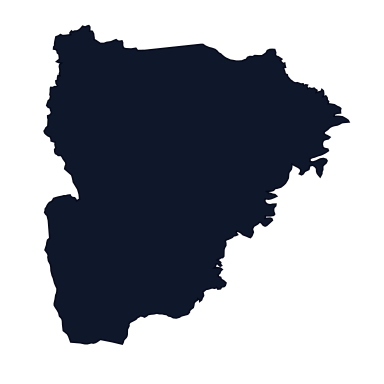 Planalto da Serra, Mato Grosso, Brazil (Robinson projection), rotated 94°
{"feature_id": "56859067B32925351179449", "entity_name": "Planalto da Serra", "entity_type": "district", "adm_level": 2, "iso_a3": "BRA", "parent_name": "Brazil", "parent_adm1": "Mato Grosso", "projection": "robinson", "projection_center": [-54.674, -14.541], "detail": "fine", "context": "isolated", "style": "filled", "palette": "ink", "viewbox_px": 384, "rotation_deg": 94, "n_neighbors": 0, "source": "geoboundaries", "source_scale": "gbopen_adm2", "svg_char_len": 5910}
<svg xmlns="http://www.w3.org/2000/svg" viewBox="0 0 384 384"><g transform="rotate(94 192 192)"><path d="M250.0,332.7L252.6,333.2L255.0,333.3L260.1,334.6L263.3,331.9L265.1,331.0L267.1,331.2L268.7,330.8L270.6,330.4L274.1,328.2L277.0,327.5L280.4,327.1L285.1,325.6L287.3,324.4L292.4,322.7L294.8,321.5L297.6,319.9L300.6,319.8L302.8,320.1L304.3,320.7L308.6,321.0L312.6,321.6L314.5,321.5L316.8,320.0L318.8,318.4L321.7,316.5L325.1,315.5L326.8,313.6L328.1,312.7L329.8,312.2L333.3,311.8L339.3,310.7L342.3,306.4L344.6,304.9L350.1,302.5L350.2,292.8L350.8,288.5L350.7,285.9L350.1,283.9L349.4,282.0L349.6,279.8L348.9,277.8L347.7,276.0L345.4,273.2L346.9,261.2L348.6,250.9L347.1,250.3L344.3,249.7L341.8,247.6L340.3,246.9L338.8,246.7L333.6,246.9L330.0,245.5L328.2,245.8L326.4,244.8L323.5,240.0L322.5,238.7L321.0,237.7L320.3,236.2L319.2,235.0L319.3,232.6L320.1,230.6L318.8,228.6L317.4,227.3L316.7,224.7L316.2,221.5L315.3,218.6L315.7,216.1L315.5,213.2L315.9,211.0L316.0,208.7L317.3,206.8L317.5,204.6L318.7,202.0L318.8,198.9L317.7,195.8L316.3,193.9L314.2,187.7L312.2,186.2L310.6,186.2L308.7,184.5L307.2,182.7L304.9,182.3L302.4,182.1L301.0,181.0L299.3,179.0L297.9,178.8L299.1,176.9L300.6,176.7L299.0,174.9L297.0,174.4L294.7,173.2L293.3,173.5L291.1,174.2L288.2,171.2L287.7,169.1L286.2,165.3L286.5,162.6L285.4,160.8L287.1,159.5L286.6,156.8L284.7,155.9L284.1,153.4L283.0,152.3L280.3,151.7L278.4,154.1L277.1,156.7L275.1,157.5L274.6,159.8L272.5,160.1L271.3,158.7L268.6,157.8L267.2,156.4L265.9,158.4L265.7,161.6L266.3,164.8L264.4,163.3L262.5,163.2L261.7,161.5L263.0,160.2L264.1,158.7L263.3,157.3L261.8,158.7L260.3,158.4L259.2,159.9L258.1,162.2L256.7,159.9L255.6,158.6L255.3,156.8L253.9,155.8L247.3,156.1L245.2,155.6L243.0,154.5L240.7,154.7L238.5,155.4L237.2,154.3L236.6,152.6L235.4,150.3L234.4,148.6L232.9,147.5L232.4,145.4L231.4,143.5L229.3,145.2L227.9,144.6L228.4,142.3L229.3,140.4L231.1,138.1L232.2,134.3L233.0,132.2L233.4,130.5L231.6,129.2L227.8,128.0L224.7,129.2L221.8,127.9L219.3,124.2L217.6,122.8L217.6,121.0L220.2,118.6L220.9,116.7L220.2,115.2L214.6,109.8L213.1,110.5L212.6,112.2L213.3,117.3L210.7,117.1L210.3,112.0L209.6,108.9L208.3,108.0L205.9,109.1L204.0,109.4L201.9,109.2L200.0,107.5L198.2,107.4L198.6,110.8L199.2,112.6L199.2,114.6L198.7,116.3L197.6,117.7L195.9,118.9L193.6,118.3L193.8,115.0L193.2,112.8L191.8,109.8L190.3,107.1L188.8,109.1L188.6,111.4L188.1,113.0L187.5,115.8L186.3,117.4L185.4,112.6L184.7,110.8L182.6,109.2L182.3,107.4L180.9,103.7L178.8,101.3L176.7,99.4L173.4,97.7L171.3,96.9L167.4,96.9L165.8,96.7L162.5,94.6L160.8,94.3L157.2,94.3L160.1,87.6L161.0,86.2L162.2,85.0L164.6,85.1L166.4,86.2L167.2,83.9L166.2,82.4L163.6,80.9L161.4,77.0L157.8,76.4L156.8,73.6L157.9,71.3L159.9,69.4L162.7,69.1L164.4,68.5L165.7,67.5L168.1,65.2L164.7,63.7L162.7,63.8L160.7,63.1L157.2,63.4L155.7,62.3L153.8,60.3L151.5,59.4L150.0,60.5L149.4,63.3L150.1,66.4L152.3,70.1L153.6,73.3L153.5,76.2L150.8,76.7L149.5,75.0L148.6,72.2L146.9,68.6L146.1,66.2L145.2,64.4L143.4,61.5L141.3,58.8L139.7,59.5L139.3,62.7L138.4,64.4L135.3,65.4L132.8,65.1L131.2,64.2L130.3,62.5L129.5,59.7L127.7,58.1L126.3,61.0L125.6,63.1L124.3,64.5L122.7,64.1L120.2,61.0L118.0,59.1L116.7,57.1L115.8,54.8L115.0,51.6L113.9,49.5L112.9,48.1L112.2,46.6L111.2,40.2L109.6,41.2L108.3,43.3L106.5,47.1L106.3,50.7L106.6,55.6L104.5,55.3L103.4,53.0L102.8,49.3L100.4,49.7L98.3,49.4L97.3,50.8L96.5,53.2L95.0,56.0L94.4,62.5L92.1,62.0L91.1,63.4L88.5,63.8L86.8,65.2L87.7,68.0L85.1,67.4L81.9,68.0L80.6,69.6L82.5,70.2L84.2,75.0L81.8,74.4L80.8,76.3L79.8,77.4L80.6,79.6L80.0,82.2L81.0,83.7L78.8,84.8L77.3,84.2L77.1,86.0L78.0,88.0L76.3,88.7L76.7,90.8L75.6,94.4L76.0,96.3L75.5,98.3L74.2,100.1L73.3,101.7L70.0,104.8L68.4,105.1L67.7,107.2L64.9,108.1L63.4,108.8L61.5,109.5L61.1,107.4L58.6,108.2L56.9,108.5L57.5,110.2L54.9,113.1L53.2,111.6L51.0,115.6L50.8,117.3L49.1,118.4L47.1,118.2L44.1,119.4L44.1,121.9L44.4,124.4L45.6,126.7L47.9,127.6L49.2,129.1L51.2,131.7L51.5,134.9L51.5,139.0L52.8,140.9L52.8,143.8L53.8,146.0L55.9,147.0L56.4,148.6L57.8,151.4L58.2,154.5L58.4,157.0L58.0,160.1L57.8,162.9L56.1,167.6L55.2,169.2L53.6,171.5L52.3,173.0L51.4,175.2L49.6,176.9L48.2,179.0L47.4,181.9L46.8,185.2L45.6,188.7L44.0,191.4L44.1,193.1L54.0,248.7L54.7,256.2L52.5,258.0L53.6,262.6L53.7,268.2L53.0,270.5L50.4,271.5L47.9,271.6L46.1,272.4L46.7,274.7L46.5,276.7L45.3,278.3L46.3,280.4L47.8,283.2L48.7,287.5L49.9,290.1L50.2,293.8L47.4,298.7L46.7,300.3L45.1,300.4L43.0,300.9L41.1,301.2L38.7,302.6L38.5,305.3L34.5,305.4L33.2,306.5L33.7,308.1L34.9,310.1L34.2,312.7L36.1,314.0L37.9,315.6L39.3,317.7L39.7,320.7L40.8,322.0L39.7,323.5L41.9,324.9L43.5,323.9L44.6,329.0L45.0,332.1L44.1,334.2L45.5,335.9L46.7,338.6L51.0,339.2L53.5,339.4L55.6,339.2L57.0,340.1L59.1,340.1L59.2,338.2L60.2,336.7L62.6,336.0L63.9,334.3L67.5,333.6L69.0,333.6L70.3,335.2L71.4,336.3L72.1,334.1L72.5,331.2L74.3,332.9L76.2,333.1L78.4,332.5L81.0,332.1L83.6,332.6L85.2,331.7L85.2,333.8L87.3,334.1L89.8,334.0L90.6,335.6L93.1,335.1L95.3,333.4L96.3,334.5L96.5,336.6L97.5,338.1L97.5,340.3L99.3,340.5L101.7,340.3L104.9,340.5L106.4,339.7L109.7,340.3L110.8,341.7L115.8,343.0L117.3,341.7L118.3,339.2L120.4,338.7L122.1,337.8L123.7,338.1L125.3,339.4L126.0,341.3L128.0,341.1L129.6,340.5L136.4,340.4L138.2,342.2L140.2,343.0L141.5,343.8L143.4,343.0L144.5,341.8L145.9,339.8L146.9,337.2L149.0,336.3L150.9,336.1L151.9,331.9L154.2,332.0L155.6,331.6L157.5,330.9L159.1,332.0L161.5,331.7L163.2,330.9L163.9,329.2L164.9,328.0L164.7,325.1L166.3,323.8L168.0,322.8L171.2,320.1L173.3,319.6L175.3,320.3L177.8,320.6L183.3,313.3L185.2,312.5L188.5,311.5L190.3,311.1L197.2,306.2L202.1,304.4L206.9,303.6L209.0,306.6L207.3,307.4L205.9,308.7L205.9,310.8L205.0,312.5L203.4,313.4L203.9,315.9L204.6,317.7L204.7,319.6L205.5,321.8L206.3,324.8L207.2,327.4L208.1,329.6L209.9,330.4L211.3,331.4L212.4,333.5L214.4,334.9L215.8,335.6L217.3,336.1L219.0,337.2L221.1,337.2L222.6,337.6L224.3,336.4L225.6,334.8L230.4,333.3L248.0,330.7L250.0,332.7Z" fill="#0f172a" stroke="#020617" stroke-width="1.5"/></g></svg>